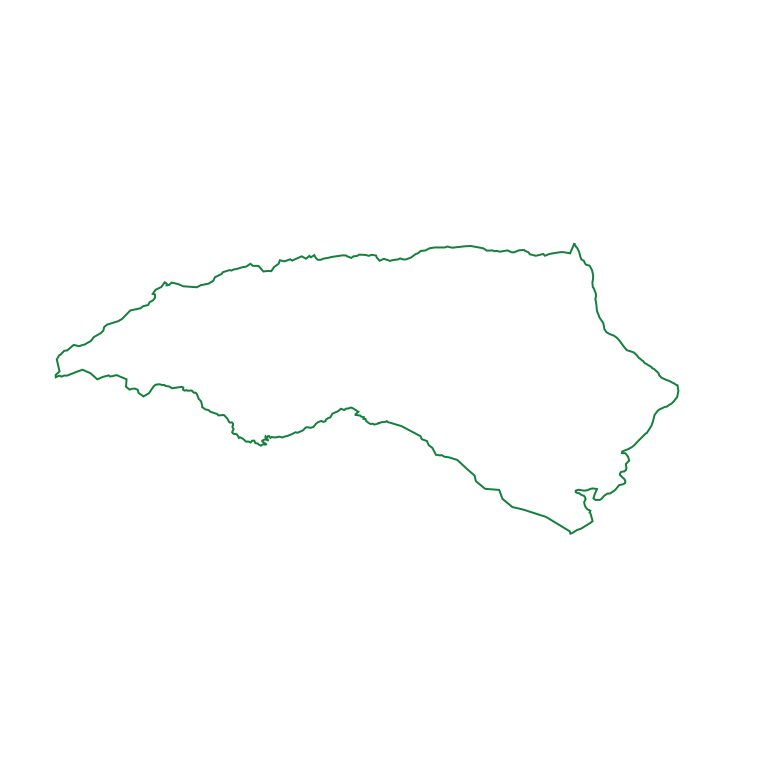 San Juan Atepec, Oaxaca, Mexico (Equal Earth projection), rotated 227°
{"feature_id": "50627088B87401824717268", "entity_name": "San Juan Atepec", "entity_type": "district", "adm_level": 2, "iso_a3": "MEX", "parent_name": "Mexico", "parent_adm1": "Oaxaca", "projection": "equal_earth", "projection_center": [-96.489, 17.474], "detail": "fine", "context": "isolated", "style": "outline", "palette": "green", "viewbox_px": 768, "rotation_deg": 227, "n_neighbors": 0, "source": "geoboundaries", "source_scale": "gbopen_adm2", "svg_char_len": 5818}
<svg xmlns="http://www.w3.org/2000/svg" viewBox="0 0 768 768"><g transform="rotate(227 384 384)"><path d="M174.4,588.7L174.4,589.4L178.2,594.6L182.9,597.8L183.6,597.2L186.4,596.6L189.3,595.5L191.2,594.9L194.8,593.1L199.2,591.3L202.2,591.2L202.4,591.1L204.8,592.2L209.3,591.9L210.1,591.8L211.0,591.7L212.8,590.9L213.7,591.2L222.0,588.9L223.8,589.2L225.3,588.8L228.7,588.4L229.1,588.2L232.7,588.5L236.5,588.3L239.2,586.9L241.7,585.4L242.6,585.0L243.3,584.6L244.3,584.8L245.1,584.7L251.3,585.3L255.5,585.8L257.4,585.8L257.9,585.9L259.7,585.7L262.6,585.1L266.0,583.4L267.2,582.9L270.5,582.0L272.2,582.4L274.0,582.7L278.6,585.7L279.8,586.1L284.8,586.8L286.2,587.1L287.1,587.5L287.8,587.9L290.2,588.8L291.1,589.1L292.3,589.7L293.7,590.7L295.6,592.2L297.0,593.3L299.8,595.2L302.0,596.5L303.3,598.5L304.2,599.4L305.3,600.3L306.8,601.1L307.9,601.4L308.4,601.7L311.4,602.8L312.2,602.7L313.0,603.2L313.6,603.7L315.5,605.1L316.4,606.0L318.5,608.8L321.0,611.2L323.9,612.9L324.2,613.1L325.5,613.8L328.2,614.5L329.5,614.9L330.6,614.9L333.5,613.1L335.2,613.3L337.9,614.2L340.1,613.4L341.0,613.5L341.9,613.9L342.5,614.0L343.8,614.8L344.2,615.0L347.2,616.6L347.7,616.8L350.7,617.8L351.8,618.1L353.0,618.0L355.3,618.4L356.3,618.9L356.6,619.0L357.1,619.4L353.0,609.9L352.6,609.3L358.4,604.9L360.4,602.5L365.0,595.7L365.8,594.4L366.6,593.0L368.0,589.2L370.5,589.1L374.2,582.5L379.5,579.1L381.8,579.5L385.2,577.9L386.5,577.9L389.8,573.7L391.6,568.9L393.3,567.2L397.5,565.4L401.8,558.9L404.4,557.3L405.8,555.3L407.8,554.4L411.2,550.3L415.8,549.0L425.6,541.7L429.0,537.8L437.1,526.9L441.4,524.0L442.3,521.7L449.1,514.4L452.2,509.9L453.5,505.2L456.3,501.6L456.4,498.3L457.5,495.4L458.0,490.2L460.1,485.1L461.8,483.1L464.9,481.4L465.5,479.3L468.4,475.3L469.9,472.4L475.6,469.3L477.2,464.8L481.6,465.0L483.4,465.8L486.8,463.2L488.2,460.2L491.0,458.5L495.5,454.1L496.1,451.5L498.2,448.7L498.5,446.1L502.6,444.1L503.6,444.1L506.2,441.6L512.4,432.7L514.0,429.8L517.3,424.6L517.9,422.5L520.0,420.3L522.3,420.0L525.8,420.9L526.5,416.9L528.6,416.8L528.8,412.4L533.5,410.9L536.9,401.0L539.1,400.5L541.7,394.7L545.5,392.3L543.8,388.9L544.5,383.4L543.4,378.6L546.0,376.1L548.6,372.5L555.9,372.8L559.8,368.7L563.0,368.3L563.9,363.1L565.8,360.4L568.9,354.1L570.1,352.6L571.1,349.7L572.6,348.8L575.7,342.4L575.2,340.4L577.4,333.1L575.9,329.5L577.1,324.0L581.2,317.5L582.3,313.2L592.4,303.8L597.5,301.6L602.9,297.9L603.1,294.2L604.4,292.3L605.6,293.5L607.9,293.0L606.8,287.4L608.7,281.1L607.6,276.3L605.7,277.5L603.3,275.5L602.7,272.0L603.7,268.3L602.6,265.4L605.2,260.8L605.4,257.7L610.8,248.6L610.2,237.0L611.2,232.5L616.3,221.9L616.5,218.2L614.4,215.0L614.4,211.4L616.2,203.9L615.4,198.6L616.3,195.4L616.8,192.6L619.8,186.6L624.2,183.8L624.6,175.3L626.4,172.7L626.0,167.9L626.5,165.9L625.1,161.4L614.5,155.3L614.5,150.0L612.8,148.6L611.4,152.4L609.3,153.2L608.4,155.8L606.3,157.9L602.0,168.8L600.0,173.3L596.6,174.7L592.1,176.7L582.9,177.5L580.9,183.3L578.0,188.6L576.4,188.7L575.1,190.5L572.9,194.5L563.0,198.9L558.0,193.5L553.4,194.1L552.0,197.0L550.2,198.9L547.6,199.9L544.9,198.4L539.0,199.6L537.5,205.7L539.4,214.0L539.2,216.5L537.1,219.5L534.5,221.1L533.2,222.6L531.4,223.0L528.4,225.4L525.6,225.9L519.8,234.2L518.3,234.8L516.8,233.1L515.1,233.7L514.2,235.4L513.1,235.7L510.4,238.9L507.3,239.0L506.1,240.3L504.9,240.4L501.1,239.1L499.8,238.3L498.4,238.4L496.1,238.4L492.6,236.5L491.0,235.2L489.4,235.7L487.4,235.9L485.8,237.1L484.4,238.0L482.3,238.0L475.8,241.5L474.0,241.4L470.5,245.8L465.4,245.8L461.7,244.8L460.9,245.0L459.8,246.5L458.3,246.6L456.9,245.6L456.0,243.8L453.6,243.3L452.4,240.1L450.3,239.9L448.8,241.2L447.7,242.0L444.7,241.6L443.6,241.0L443.1,242.4L440.1,243.5L435.9,243.8L434.5,245.5L432.2,246.6L432.5,248.8L431.1,250.5L428.5,249.6L426.5,251.1L425.0,251.2L422.9,251.8L422.5,254.1L420.3,256.2L420.4,256.8L424.9,255.8L425.6,256.4L424.6,259.3L422.1,260.8L422.7,261.2L424.2,260.5L426.1,261.1L426.5,261.7L425.1,261.8L424.7,262.6L425.0,263.2L424.4,264.5L423.2,264.3L422.0,264.3L421.9,265.5L419.1,268.0L416.7,271.7L414.3,273.1L413.2,275.7L411.8,278.1L410.1,282.5L409.0,286.4L407.4,287.4L405.4,292.8L405.5,297.0L405.1,298.0L401.9,300.6L400.7,303.2L401.3,306.9L401.1,309.8L399.6,313.1L397.7,313.7L396.7,315.8L397.5,317.2L397.2,319.7L396.2,322.0L397.5,326.0L395.4,331.9L395.3,335.6L392.0,337.2L392.0,339.2L390.5,341.1L389.3,343.8L387.4,344.7L381.1,346.3L381.3,342.7L380.8,342.1L377.1,345.1L376.4,344.9L375.4,345.3L373.5,346.6L372.5,345.2L371.0,346.6L369.2,345.7L365.5,346.3L363.7,347.1L362.7,348.7L361.0,349.2L359.5,351.8L359.1,353.7L358.5,353.8L358.1,355.6L356.9,357.2L355.4,359.1L354.9,360.7L353.8,360.7L341.2,368.1L321.2,375.0L320.6,375.0L317.8,374.0L313.1,376.5L308.8,375.0L304.2,375.8L296.9,373.7L293.5,376.3L292.8,377.6L289.6,378.6L286.2,381.4L278.5,385.8L264.9,386.8L255.3,387.8L250.2,384.9L238.3,386.5L228.0,396.0L219.2,392.3L206.3,394.0L201.6,397.3L196.8,400.4L176.4,411.8L149.6,419.4L147.4,418.3L146.6,420.0L146.2,422.2L145.6,425.4L143.7,429.9L141.5,441.4L141.5,443.1L148.6,446.8L149.8,446.7L150.6,448.5L153.6,447.3L156.4,447.4L158.7,448.3L161.1,449.8L162.4,453.1L164.2,453.8L165.8,454.0L167.1,453.3L168.4,452.7L170.9,452.3L172.4,451.1L174.2,450.5L175.2,451.5L174.1,454.0L169.3,457.8L167.4,460.7L166.6,463.4L165.1,465.6L161.9,468.1L159.2,461.9L157.5,459.2L155.0,459.6L152.1,462.8L151.6,464.6L152.1,467.9L151.6,472.4L149.7,474.8L148.8,480.7L149.7,486.9L147.6,490.6L147.1,492.6L148.3,494.2L150.4,494.9L156.6,494.5L157.4,495.2L158.0,497.1L157.2,498.9L156.3,499.8L156.0,502.2L157.2,504.0L160.5,506.2L160.8,511.1L164.3,512.9L168.7,513.3L171.2,510.9L172.2,512.2L169.8,518.2L168.9,521.8L168.5,524.8L168.9,529.7L169.3,541.8L168.9,542.7L171.0,551.0L173.4,555.5L176.8,560.7L177.7,565.6L177.7,567.5L175.6,573.9L174.6,575.4L174.1,578.9L173.7,580.4L173.5,582.2L173.8,584.5L174.4,588.7Z" fill="none" stroke="#15803d" stroke-width="2"/></g></svg>